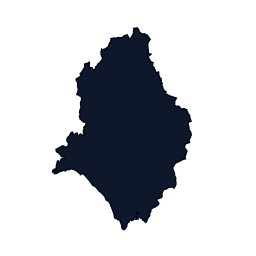 outline of Gorey Lea-6, Wexford, Ireland, rotated 107°
{"feature_id": "5873133B62102749120694", "entity_name": "Gorey Lea-6", "entity_type": "district", "adm_level": 2, "iso_a3": "IRL", "parent_name": "Ireland", "parent_adm1": "Wexford", "projection": "robinson", "projection_center": [-6.324, 52.694], "detail": "fine", "context": "isolated", "style": "filled", "palette": "ink", "viewbox_px": 256, "rotation_deg": 107, "n_neighbors": 0, "source": "geoboundaries", "source_scale": "gbopen_adm2", "svg_char_len": 5862}
<svg xmlns="http://www.w3.org/2000/svg" viewBox="0 0 256 256"><g transform="rotate(107 128 128)"><path d="M35.3,134.6L35.0,135.2L33.8,136.4L33.5,137.4L33.7,138.5L33.4,139.2L33.2,139.3L33.2,140.2L33.9,141.2L34.0,142.8L33.2,144.2L33.5,144.6L32.3,145.7L30.7,146.7L30.1,147.7L29.7,148.8L30.0,149.1L30.1,149.7L30.9,150.0L30.8,151.0L31.1,151.7L32.1,151.1L33.8,151.0L35.8,150.3L43.2,151.9L42.6,152.7L40.6,154.4L40.0,155.5L39.2,156.1L40.0,157.1L40.0,157.3L40.8,158.0L41.3,158.9L41.9,159.3L43.5,159.5L43.5,161.0L44.2,162.5L44.2,163.5L44.9,164.7L45.4,165.1L46.1,166.9L45.9,167.4L46.7,168.7L47.5,170.4L48.6,170.0L50.7,169.8L52.0,170.4L55.3,170.5L56.9,171.2L59.7,173.6L60.0,174.4L60.6,175.1L60.7,175.9L60.5,176.2L62.7,176.0L65.4,175.3L68.3,172.9L69.4,172.5L71.3,173.0L74.9,174.7L75.4,175.1L75.4,175.3L77.5,175.7L79.0,176.7L79.8,176.4L82.0,177.0L82.3,177.2L82.4,177.9L82.9,178.4L82.7,178.7L82.4,178.7L82.0,179.4L81.4,179.6L80.9,180.2L81.4,181.4L81.9,182.1L81.8,182.3L80.5,182.8L79.8,183.4L79.1,183.7L77.7,183.7L76.5,184.3L77.4,185.1L78.3,185.6L78.9,187.5L79.6,188.1L82.1,187.0L87.6,188.4L90.2,189.6L91.5,188.0L92.0,187.7L92.5,188.7L93.8,189.5L94.3,190.2L95.4,190.7L96.0,191.8L97.0,191.6L97.9,191.1L98.2,190.5L99.1,189.6L100.3,189.1L103.2,188.2L104.7,187.2L105.6,186.8L107.8,186.5L110.6,186.8L111.1,186.2L110.7,185.1L111.5,183.1L111.6,181.7L112.1,181.4L113.7,181.0L113.8,180.8L113.8,180.0L114.2,179.9L115.0,180.5L117.2,180.8L120.1,179.9L121.6,179.0L122.5,178.9L124.1,179.1L126.4,179.0L127.5,178.7L129.0,177.6L130.8,177.9L133.3,176.4L135.2,172.5L135.0,170.4L135.4,169.1L139.0,169.6L139.5,170.1L140.5,170.4L141.7,169.6L143.0,169.9L144.3,169.7L144.8,169.3L145.4,169.2L146.0,168.6L146.9,168.3L147.0,167.8L147.3,167.8L147.3,167.4L147.5,167.4L148.1,167.5L148.8,168.6L148.0,169.5L147.6,171.5L148.3,172.2L149.7,172.6L150.4,173.3L149.4,174.3L147.9,175.0L147.8,175.3L148.1,175.8L149.5,177.0L149.8,177.8L150.2,177.9L150.6,178.8L148.3,179.7L148.3,180.2L149.1,180.8L149.3,181.1L150.2,181.0L151.0,181.5L152.1,181.7L153.1,181.7L154.4,182.7L155.2,183.0L156.1,183.1L157.1,183.0L157.9,182.8L158.1,182.2L158.8,181.9L158.8,181.6L159.4,181.3L159.6,180.5L160.1,180.1L161.6,180.2L162.9,180.0L164.8,182.0L164.7,182.9L164.2,183.6L164.4,184.5L164.1,184.9L164.3,185.5L168.0,188.9L169.4,190.5L170.3,190.2L171.4,189.5L171.6,189.2L171.9,188.4L171.6,187.4L171.9,187.3L172.2,186.6L172.7,186.2L173.0,184.8L174.1,184.0L174.6,183.5L174.7,182.6L174.4,182.4L174.3,181.9L175.2,180.0L176.5,180.4L176.6,182.1L177.0,182.3L177.4,182.8L178.0,182.6L178.8,183.0L179.4,182.6L180.5,182.6L180.8,183.6L179.9,185.0L180.2,185.7L181.9,185.7L184.1,185.3L184.3,185.5L185.7,185.4L187.5,184.6L189.0,184.6L188.5,185.7L189.0,186.4L189.3,186.3L189.6,186.8L190.4,187.4L191.9,187.4L192.5,185.7L193.2,184.6L192.6,184.2L192.2,182.8L190.9,181.9L190.5,181.2L190.1,181.2L189.4,180.7L188.8,178.9L188.3,178.8L187.7,178.4L187.2,176.1L187.3,175.2L187.0,175.0L186.2,175.0L185.7,174.5L184.8,171.7L183.8,171.1L183.5,170.4L183.5,167.4L184.1,164.4L185.0,162.5L185.1,161.8L185.9,160.5L185.8,160.3L186.0,159.5L186.2,159.4L185.0,158.6L184.9,157.8L185.1,156.6L189.2,150.0L191.9,146.4L193.2,144.9L193.1,143.4L194.2,140.7L195.7,138.8L195.7,138.3L196.4,137.4L197.1,136.9L197.1,136.7L196.8,136.3L196.8,135.9L197.7,134.8L197.8,134.0L198.3,133.3L198.3,133.0L199.1,132.2L199.1,131.5L201.0,129.4L203.2,127.7L203.2,127.0L203.6,126.4L203.5,125.2L205.8,122.8L208.9,120.3L214.1,116.3L216.5,115.1L216.8,114.8L217.2,114.8L217.5,114.6L217.8,114.1L217.8,113.8L218.2,113.5L218.2,113.3L217.8,113.0L217.8,112.3L218.1,111.8L217.9,111.3L218.0,110.8L218.3,110.7L218.1,110.6L218.3,109.1L222.9,105.5L225.1,104.6L225.1,104.3L225.8,104.2L226.2,103.5L226.0,102.6L226.3,102.3L225.8,101.9L225.9,101.6L225.3,101.6L224.5,101.0L222.3,100.5L220.6,100.9L218.9,100.8L217.3,99.6L215.3,99.2L214.8,98.0L215.5,97.5L215.2,97.1L214.3,96.7L214.5,96.4L210.1,94.7L208.8,94.9L208.1,94.7L206.2,94.9L205.6,94.6L205.5,93.9L206.0,93.6L206.8,93.5L207.3,93.8L207.9,93.7L207.8,93.4L208.8,93.0L209.2,93.2L209.7,93.1L209.9,93.4L210.3,93.1L210.7,93.3L212.0,93.2L212.2,93.7L213.0,94.0L212.9,93.4L212.0,93.2L212.2,91.9L211.1,92.0L210.5,91.7L210.4,91.9L209.7,90.5L209.3,90.0L209.9,89.5L210.5,89.5L210.3,88.3L211.7,86.9L210.7,86.0L212.1,85.5L213.1,83.4L211.6,82.9L208.7,82.8L207.4,82.5L207.1,83.0L206.6,82.0L205.4,81.6L204.5,82.1L203.4,82.3L201.4,81.9L198.7,82.3L197.2,80.9L196.2,80.4L195.5,78.8L193.8,77.7L193.4,77.1L191.9,76.6L190.9,76.6L189.7,78.5L188.1,79.7L186.7,78.7L186.4,77.9L185.7,77.3L185.1,76.1L184.7,75.8L183.4,75.3L182.1,76.1L181.1,76.4L179.2,76.4L176.9,76.0L176.0,75.1L174.9,73.4L173.2,72.0L172.5,71.1L171.4,68.4L171.3,67.9L171.9,67.2L172.0,66.6L170.7,66.1L168.7,65.8L167.7,65.8L166.2,66.2L164.8,67.1L161.7,67.8L160.3,69.3L159.7,69.7L158.4,70.1L157.2,70.7L153.2,73.8L148.1,72.6L146.5,71.2L145.8,70.2L141.9,66.2L141.4,65.6L140.8,64.2L137.7,65.4L137.1,65.0L132.7,65.0L130.5,67.9L130.2,68.7L125.6,68.3L125.6,67.5L123.8,65.0L121.5,66.2L118.4,65.6L117.9,65.9L116.2,65.5L113.6,66.9L111.6,69.3L109.3,70.1L107.2,71.4L106.8,72.0L105.6,71.9L104.3,71.4L103.7,70.8L103.1,69.7L99.3,72.4L99.1,72.3L98.1,72.8L97.0,74.4L95.7,75.7L94.8,76.1L94.4,77.0L93.9,77.4L93.3,77.3L93.5,78.3L93.0,79.9L94.4,82.4L92.8,85.2L93.4,86.3L92.5,86.1L93.2,88.4L92.8,90.1L88.5,91.3L85.3,90.5L85.1,98.7L84.5,100.0L84.7,101.5L85.2,102.6L83.0,102.5L83.0,102.2L82.4,102.1L81.9,103.0L82.4,104.0L81.1,105.0L80.8,105.7L78.4,107.1L78.6,107.4L77.9,108.0L76.9,108.3L75.2,108.4L75.3,109.5L71.8,110.5L72.1,111.0L70.8,111.5L71.5,112.7L70.6,113.0L69.4,113.1L69.4,113.4L68.8,114.0L65.6,115.1L66.5,116.6L66.3,118.1L65.1,118.7L63.4,120.3L62.6,120.8L63.0,121.4L61.0,123.0L59.0,123.3L58.1,123.2L58.0,125.7L54.6,129.2L53.9,130.2L52.2,128.5L50.7,127.7L50.9,129.4L50.4,130.3L49.5,130.9L47.6,131.4L47.0,131.8L44.9,132.7L43.5,133.1L43.0,133.6L42.0,133.8L39.8,133.8L36.7,132.8L36.6,133.3L35.3,134.6Z" fill="#0f172a" stroke="#020617" stroke-width="1.5"/></g></svg>